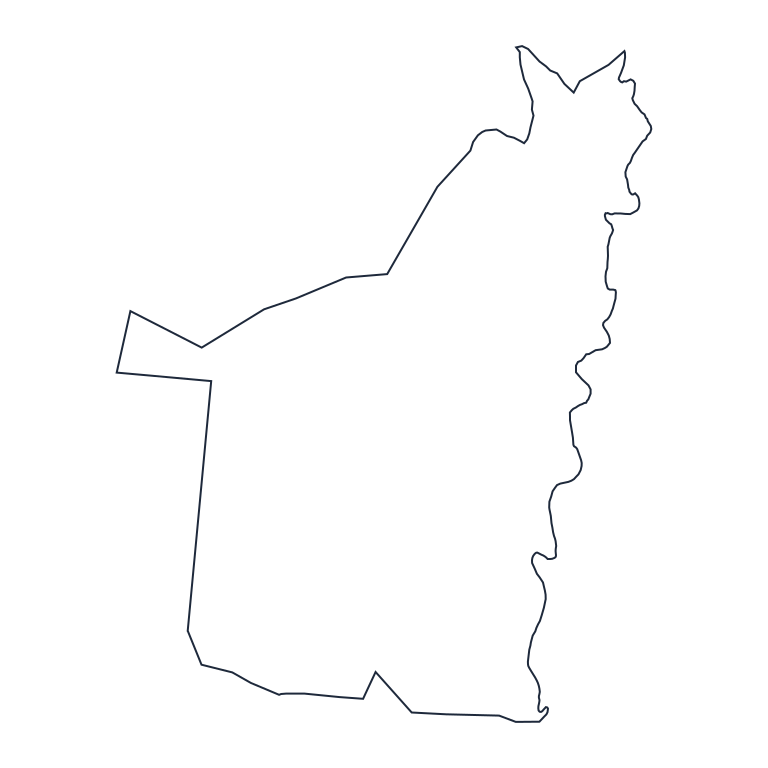 the district of San Baltazar Yatzachi el Bajo, Oaxaca, Mexico
{"feature_id": "50627088B85859763420371", "entity_name": "San Baltazar Yatzachi el Bajo", "entity_type": "district", "adm_level": 2, "iso_a3": "MEX", "parent_name": "Mexico", "parent_adm1": "Oaxaca", "projection": "equal_earth", "projection_center": [-96.191, 17.225], "detail": "fine", "context": "isolated", "style": "outline", "palette": "slate", "viewbox_px": 768, "rotation_deg": 0, "n_neighbors": 0, "source": "geoboundaries", "source_scale": "gbopen_adm2", "svg_char_len": 4095}
<svg xmlns="http://www.w3.org/2000/svg" viewBox="0 0 768 768"><path d="M539.4,721.7L544.3,716.5L546.4,714.4L547.5,712.2L548.0,708.7L547.3,707.5L545.9,707.1L543.5,709.7L542.5,710.9L541.4,711.8L540.1,711.9L539.4,711.5L538.6,710.5L538.3,708.3L538.4,706.2L538.9,704.0L539.3,701.9L539.5,700.1L538.9,697.7L538.9,696.0L539.3,694.5L539.8,691.9L539.6,690.2L539.4,688.6L538.8,685.8L537.9,683.0L536.8,680.6L535.2,677.6L531.1,671.0L529.3,668.0L528.3,666.0L528.0,664.3L527.9,661.7L528.7,654.8L529.3,649.7L530.4,645.6L530.9,642.4L532.7,635.6L535.3,631.3L536.4,627.9L538.1,624.2L539.9,621.0L541.7,615.3L543.9,607.7L545.7,599.1L545.6,594.7L544.9,590.6L543.8,586.0L543.0,582.5L539.6,577.3L536.9,573.8L535.8,571.2L534.6,568.4L532.1,563.0L532.0,560.1L532.4,557.8L533.2,555.9L534.5,554.1L535.6,553.1L536.3,552.7L537.3,552.6L539.3,553.6L541.4,554.7L543.3,555.5L544.9,556.5L546.3,557.6L547.6,559.0L550.1,559.0L552.2,558.8L554.7,557.8L555.8,556.7L556.0,555.1L555.8,553.5L555.6,551.1L555.7,549.2L555.9,547.7L556.2,546.0L555.6,541.1L555.0,538.6L554.0,535.9L553.1,532.2L552.4,527.7L551.5,523.2L550.8,515.9L549.5,509.5L549.2,507.5L549.4,501.7L551.2,496.5L552.6,491.3L555.0,487.8L557.0,485.1L560.3,483.6L564.5,482.7L568.3,481.9L571.4,480.7L574.0,479.1L576.1,476.8L578.5,474.3L580.7,470.0L581.6,466.0L581.7,463.0L581.1,460.2L578.2,451.9L577.2,449.1L576.1,447.6L574.0,446.2L573.4,444.8L573.1,440.5L572.9,437.6L572.4,434.5L572.1,432.6L570.0,420.2L570.0,416.7L569.9,412.5L571.7,410.3L573.3,408.8L575.9,407.5L577.9,406.1L580.0,404.9L582.0,404.2L584.1,403.1L586.2,402.7L587.1,400.7L588.3,399.4L589.0,397.6L590.6,393.7L590.6,389.4L588.5,385.4L581.8,379.1L576.0,372.3L576.0,365.5L577.9,362.0L581.3,360.6L583.6,358.1L586.2,354.3L589.1,354.0L595.6,350.2L599.2,349.7L602.1,349.3L604.9,348.0L606.8,346.8L608.3,345.0L610.0,342.9L609.7,339.0L608.8,335.6L606.9,331.9L604.0,327.6L603.0,325.1L603.4,322.9L605.1,320.9L607.3,319.4L609.1,317.1L610.6,314.4L611.9,310.8L612.9,308.5L613.6,305.7L614.4,302.7L615.5,298.7L615.7,295.0L615.9,292.5L615.6,290.8L615.3,290.1L613.2,289.6L611.7,289.6L609.7,289.6L607.8,288.5L607.1,286.5L606.4,284.1L605.7,281.7L605.6,278.8L605.5,276.4L606.0,271.8L607.3,268.2L607.5,262.2L607.8,259.0L608.0,255.9L607.8,249.7L607.7,246.7L608.1,245.5L608.2,245.0L608.4,244.5L609.7,237.8L610.4,236.1L611.9,233.5L612.5,231.9L613.1,230.0L612.5,228.5L611.8,226.0L611.2,224.3L609.5,223.3L607.3,221.1L605.9,219.7L604.9,216.0L604.9,214.7L605.6,213.2L606.7,213.4L607.7,213.0L610.3,214.2L612.2,214.3L614.6,213.4L621.0,213.5L625.0,213.9L630.2,214.1L633.1,212.6L637.0,210.4L638.4,208.5L639.2,205.9L639.4,203.3L638.9,199.4L638.3,197.2L637.3,195.7L635.1,193.3L633.4,194.4L632.1,194.5L631.1,193.8L629.5,191.7L629.2,189.9L628.3,187.6L628.0,184.8L627.1,179.4L625.7,176.6L625.4,172.2L627.4,166.2L628.2,164.6L629.9,162.9L630.9,160.9L632.0,157.7L633.2,154.9L634.7,152.9L642.6,141.4L645.9,139.0L647.2,135.7L650.2,132.5L651.3,129.0L650.8,126.0L647.8,121.3L647.2,118.9L646.0,118.0L644.5,114.4L641.6,112.4L639.8,110.1L637.1,106.2L634.6,103.8L632.8,100.1L632.3,98.2L633.2,96.4L633.9,94.3L634.5,90.8L634.7,87.1L635.0,83.6L633.3,80.8L630.6,79.4L626.2,81.6L623.9,81.2L622.3,82.4L621.1,82.0L620.1,81.2L618.7,79.2L619.0,77.5L619.9,75.5L621.1,72.7L622.6,68.6L623.8,65.4L624.7,59.8L625.1,57.3L624.9,52.6L624.4,51.1L608.5,64.9L579.8,81.2L573.7,92.6L564.4,83.9L557.2,73.4L550.2,70.5L546.1,66.4L539.5,61.5L528.1,49.0L522.1,46.1L516.2,47.4L519.8,52.1L519.8,57.3L520.5,64.6L524.0,79.4L528.2,88.6L531.6,98.3L532.6,101.4L531.9,109.6L533.5,115.6L530.5,127.3L529.3,133.4L527.2,139.4L524.1,143.2L519.9,140.8L513.9,137.7L507.0,136.0L500.4,131.6L496.5,129.5L485.6,130.5L482.2,132.0L477.9,135.3L473.1,142.0L470.4,150.6L437.4,186.8L417.7,221.1L389.9,269.4L387.2,274.1L346.1,277.5L295.8,298.5L294.6,298.9L264.1,309.3L201.7,347.6L130.4,311.1L116.7,372.6L150.5,375.6L211.2,381.1L187.7,631.0L187.9,631.2L201.5,664.7L232.3,672.4L251.0,683.0L279.1,694.8L281.1,694.0L286.2,693.6L288.8,693.6L304.4,693.6L339.7,697.1L363.1,698.8L365.4,693.8L375.6,672.0L411.7,712.5L432.7,713.6L446.1,714.3L499.1,715.6L515.8,721.9L539.4,721.7Z" fill="none" stroke="#1e293b" stroke-width="2"/></svg>